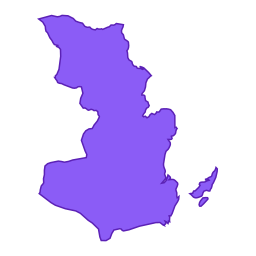 SVG path tracing the border of Pwani
{"feature_id": "TZA-3382", "entity_name": "Pwani", "entity_type": "Region", "adm_level": 1, "iso_a3": "TZA", "parent_name": "United Republic of Tanzania", "parent_adm1": "", "projection": "albers", "projection_center": [38.969, -7.175], "detail": "fine", "context": "isolated", "style": "filled", "palette": "violet", "viewbox_px": 256, "rotation_deg": 0, "n_neighbors": 0, "source": "natural_earth", "source_scale": "10m", "svg_char_len": 4517}
<svg xmlns="http://www.w3.org/2000/svg" viewBox="0 0 256 256"><path d="M177.1,128.6L176.4,129.5L175.9,131.0L175.7,132.4L175.4,133.6L174.4,134.8L173.3,135.7L172.8,135.9L172.0,136.0L171.4,136.2L171.5,136.9L171.8,137.6L172.1,138.3L171.6,139.2L170.4,139.5L169.1,139.4L168.0,139.4L168.9,140.8L169.7,141.8L170.3,142.9L170.3,144.7L169.9,145.9L169.1,147.7L168.2,149.2L166.0,151.3L165.0,154.5L163.5,163.9L163.6,165.7L164.0,167.4L165.1,170.2L165.3,171.8L164.8,173.0L164.6,174.2L165.8,177.4L165.4,178.8L161.7,183.2L164.2,182.7L166.1,180.6L167.3,177.7L168.0,175.0L169.3,176.1L170.3,177.2L170.4,178.4L169.1,179.7L172.3,179.4L173.7,179.6L175.2,180.6L177.5,182.9L177.8,184.1L177.2,186.2L176.0,188.9L175.9,190.0L176.8,192.9L176.8,196.3L177.2,197.8L178.5,197.0L178.9,196.6L178.7,199.2L177.6,201.6L174.9,205.9L172.1,213.6L170.8,215.9L170.3,215.7L170.0,215.7L169.7,215.8L169.1,215.9L169.7,217.2L169.5,220.2L169.7,221.7L168.5,221.2L168.5,221.9L168.0,223.5L166.6,222.0L165.9,221.5L165.1,221.2L165.8,222.5L165.8,223.5L165.2,224.2L163.9,224.7L164.3,225.5L163.1,225.0L160.0,222.5L155.8,222.6L139.4,226.2L128.9,229.8L123.6,230.9L122.2,230.4L121.4,229.2L119.8,228.7L113.9,230.0L111.8,233.5L110.0,238.3L106.0,240.6L101.2,240.5L99.9,237.0L98.5,229.0L92.3,223.0L88.1,220.2L80.4,213.3L75.7,210.9L65.3,208.7L55.3,205.2L51.0,202.6L39.2,193.6L39.8,192.8L40.1,191.8L40.3,189.8L41.2,186.2L41.4,185.8L41.9,185.1L42.2,184.8L42.5,184.7L42.9,184.0L43.3,183.3L43.7,182.9L43.5,178.7L44.4,174.7L44.4,170.3L45.0,166.0L47.6,163.7L50.8,162.6L58.3,161.1L61.4,161.5L64.4,162.2L68.6,161.4L72.7,160.0L86.3,157.6L86.8,154.5L85.1,150.9L81.4,140.3L83.5,134.0L85.8,130.8L89.0,128.9L92.3,128.5L94.2,124.9L97.3,121.1L99.4,116.8L98.9,115.6L98.1,114.7L97.8,111.7L96.2,110.4L94.0,110.6L92.7,109.7L91.0,109.3L89.7,109.9L88.4,110.2L87.4,109.7L86.6,108.9L85.1,108.0L83.2,108.1L79.9,103.4L80.7,98.3L82.9,93.3L81.4,86.9L79.9,86.6L78.3,86.7L77.4,87.1L76.6,87.8L74.6,88.2L72.6,88.0L64.1,84.8L61.7,83.6L59.2,83.2L57.7,82.5L56.9,80.6L55.8,79.2L54.9,77.8L55.3,77.9L55.3,76.0L56.9,74.3L59.0,69.3L60.7,56.3L60.5,49.4L58.9,47.5L56.7,46.5L57.3,45.8L58.5,45.5L56.5,45.2L54.3,44.5L53.0,42.6L52.0,40.6L49.9,37.8L47.6,32.8L46.0,31.2L45.5,28.9L45.3,26.4L42.8,22.1L38.7,19.0L51.6,15.5L57.3,16.8L59.8,16.4L62.0,15.4L68.0,15.8L73.3,18.5L75.7,21.1L78.9,22.3L82.5,23.2L84.7,26.3L87.1,27.3L89.8,27.1L91.0,28.4L92.5,29.3L95.3,29.9L96.2,29.2L97.1,28.5L98.6,29.1L100.3,29.1L101.6,28.8L102.7,29.4L107.5,27.3L109.4,26.7L110.9,25.1L112.1,25.0L113.3,25.2L114.9,24.7L116.3,23.5L123.4,24.7L123.0,26.9L122.2,28.6L121.5,30.5L121.6,32.5L121.9,33.1L123.0,34.3L123.4,34.9L124.2,38.1L124.5,39.0L125.0,39.5L126.9,40.7L128.2,41.8L128.4,42.3L128.7,45.6L128.5,47.6L127.9,49.4L126.9,50.7L127.5,52.8L127.8,57.6L128.9,59.7L129.8,60.4L130.8,60.9L131.7,61.5L132.1,62.3L132.2,63.2L132.6,64.2L133.1,65.1L133.8,65.8L134.3,66.2L134.7,66.3L135.9,66.4L136.4,66.6L136.7,67.2L137.0,67.8L137.3,68.2L138.4,68.4L140.8,68.5L141.7,69.0L142.5,69.4L143.5,69.0L143.4,68.4L142.6,68.0L141.3,67.5L139.6,66.4L142.0,67.1L143.8,67.9L148.5,72.4L151.3,75.7L150.5,76.1L149.0,77.7L147.5,79.0L145.9,82.8L145.5,87.0L144.4,90.7L142.0,93.7L141.8,95.0L143.9,95.1L144.9,96.0L145.0,97.6L145.6,100.6L148.0,102.1L148.4,103.8L149.2,105.6L148.3,107.2L146.6,108.2L145.6,110.0L145.2,112.0L143.7,113.8L142.6,115.9L143.6,116.8L145.3,116.2L147.0,117.8L149.0,116.6L150.1,114.7L151.8,113.4L153.1,114.0L154.6,114.5L155.9,113.4L156.7,111.9L157.9,112.1L159.2,111.9L161.2,109.1L164.0,108.8L165.1,108.9L166.3,108.8L168.4,109.1L170.6,109.7L173.0,112.4L174.8,115.5L174.9,127.6L176.1,127.2L177.0,128.5L177.1,128.6ZM216.0,167.5L217.3,168.9L217.1,171.7L215.8,177.4L213.3,182.9L212.2,184.5L212.0,185.1L212.1,185.7L211.9,186.2L211.4,188.0L211.1,188.4L210.4,189.4L210.2,190.0L209.8,191.0L208.8,191.0L206.5,190.3L204.0,191.1L202.9,193.0L202.4,194.9L201.6,196.1L198.3,197.4L196.6,197.8L195.2,197.8L193.5,197.1L191.2,194.7L189.9,193.7L190.7,193.5L192.1,193.4L192.8,193.2L192.8,192.9L193.0,192.3L193.3,191.8L193.4,191.7L193.6,191.1L194.1,190.9L194.7,191.0L195.2,190.8L198.8,187.3L200.1,185.3L199.3,184.4L199.7,183.0L200.7,182.3L202.0,182.1L203.6,182.1L205.0,181.9L207.6,180.6L209.1,180.3L208.6,179.7L207.8,179.5L205.6,179.8L205.6,179.2L206.6,179.0L207.5,178.5L209.1,177.4L210.9,176.7L211.7,176.0L212.3,173.8L212.9,172.6L213.8,171.5L214.5,171.0L214.9,170.5L215.8,168.3L216.0,167.5ZM202.9,197.9L205.7,197.6L207.6,197.7L208.0,198.9L207.1,200.0L203.5,203.9L201.0,206.2L199.6,206.1L199.1,204.7L199.6,202.5L200.6,200.7L202.9,197.9Z" fill="#8b5cf6" stroke="#5b21b6" stroke-width="1.5"/></svg>